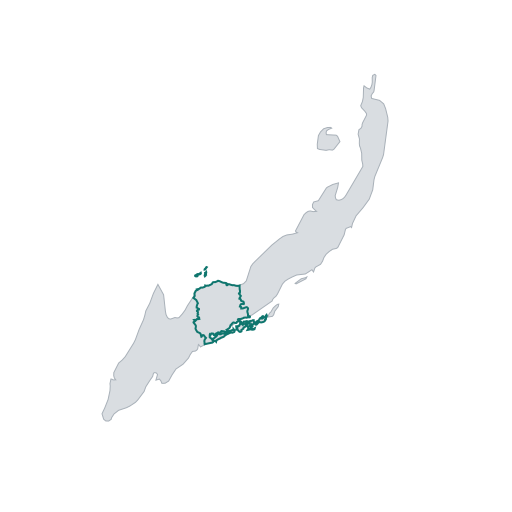 Camagüey on a map of Cuba (orthographic projection), rotated 118°
{"feature_id": "CUB-1364", "entity_name": "Camagüey", "entity_type": "Province", "adm_level": 1, "iso_a3": "CUB", "parent_name": "Cuba", "parent_adm1": "", "projection": "orthographic", "projection_center": [-77.855, 21.478], "detail": "fine", "context": "in_parent", "style": "outline", "palette": "teal", "viewbox_px": 512, "rotation_deg": 118, "n_neighbors": 0, "source": "natural_earth", "source_scale": "10m", "svg_char_len": 9797}
<svg xmlns="http://www.w3.org/2000/svg" viewBox="0 0 512 512"><g transform="rotate(118 256 256)"><path d="M163.2,184.2L173.5,186.5L181.9,186.1L186.0,185.0L185.6,186.2L189.2,189.3L190.5,189.5L196.0,188.1L210.2,187.8L211.7,188.7L214.1,191.6L217.7,193.5L221.5,194.9L225.4,195.3L229.3,194.8L233.0,195.1L237.5,198.0L239.0,198.4L243.1,197.7L241.9,200.2L248.7,204.0L253.7,211.2L257.4,214.1L261.3,216.8L264.6,218.6L268.3,219.5L279.5,219.2L282.2,219.5L284.6,220.5L286.8,220.9L288.1,220.6L309.9,231.8L316.8,237.7L321.0,240.8L330.2,245.3L333.8,246.2L335.8,245.7L335.4,244.7L332.7,242.2L332.3,241.3L335.8,242.0L342.0,247.1L343.7,248.9L346.8,250.6L350.0,251.9L348.5,253.9L346.0,254.0L341.1,253.2L345.0,256.5L345.6,258.8L347.4,259.0L350.1,256.4L351.8,254.2L358.7,259.8L362.4,262.4L361.5,263.9L361.2,265.3L365.3,263.9L366.9,264.1L368.4,264.9L370.1,267.3L373.9,267.8L377.8,267.7L385.7,269.6L393.3,273.6L400.3,274.3L407.4,274.4L411.0,276.5L412.6,279.3L410.9,281.4L410.0,283.5L412.6,286.1L406.9,287.3L406.1,288.9L406.4,290.6L407.6,291.5L410.9,290.7L415.7,291.3L423.2,291.9L428.2,291.2L438.5,292.8L441.7,293.7L447.8,297.0L450.7,299.1L456.8,304.9L462.1,307.2L466.6,307.6L468.2,307.2L470.9,308.6L472.2,311.2L471.6,313.9L467.6,317.9L461.2,318.2L452.2,319.2L443.5,321.7L439.2,323.7L437.3,325.0L432.7,326.3L432.4,325.3L432.5,324.0L431.2,321.7L430.2,323.8L428.5,325.4L425.7,326.8L415.0,327.0L410.7,325.3L406.3,324.2L390.3,323.1L386.5,323.2L375.8,324.7L365.1,325.4L360.6,326.3L356.2,327.5L347.6,327.6L337.3,329.0L327.1,329.3L333.6,319.4L347.4,310.0L350.0,307.9L351.9,305.3L352.3,303.3L351.7,301.7L348.4,298.7L347.7,296.5L346.7,295.1L341.9,293.9L337.1,293.2L332.0,293.2L321.3,292.2L315.6,292.1L310.8,290.1L302.9,282.9L299.1,280.9L297.2,279.2L295.7,277.4L293.9,266.9L292.3,261.8L290.0,257.4L286.3,254.0L282.5,252.9L267.7,255.6L264.3,255.2L261.0,254.2L238.8,247.1L229.7,243.2L226.0,241.3L222.9,238.6L219.7,234.2L216.0,230.3L216.0,231.9L215.4,232.9L196.9,233.0L194.0,232.0L192.1,230.9L190.8,229.3L189.9,226.2L188.2,223.5L187.5,226.3L186.6,228.9L184.1,230.3L181.2,230.4L177.9,226.9L162.9,225.8L161.6,225.2L156.8,221.8L152.7,217.5L156.9,216.1L165.6,214.4L167.4,213.1L168.6,211.5L167.9,209.0L166.2,207.2L164.5,206.1L162.5,205.4L160.0,205.1L126.8,203.7L124.8,204.9L121.7,207.6L115.7,210.9L111.7,214.4L110.2,216.2L108.3,217.5L104.1,219.6L100.5,223.0L96.2,224.4L94.0,223.3L91.7,223.3L90.0,224.1L88.2,224.4L79.7,224.5L78.4,225.3L77.1,227.8L75.5,232.5L74.1,234.1L69.8,234.5L65.7,235.7L57.2,239.9L55.0,240.5L55.6,237.2L55.3,233.9L53.0,233.7L50.3,234.1L48.0,234.9L43.8,237.2L41.7,237.7L39.8,236.4L40.3,234.8L54.3,229.5L55.8,229.1L58.2,229.6L60.6,229.5L62.6,227.9L60.6,220.0L61.7,214.7L65.1,210.7L71.7,204.8L74.8,202.8L106.6,191.0L109.8,190.4L130.1,188.4L133.3,187.6L142.8,184.0L152.7,182.7L163.2,184.2ZM132.3,252.2L128.5,254.4L120.4,257.4L116.2,257.3L111.9,256.0L109.0,253.2L107.4,250.4L107.6,249.2L110.2,251.4L112.5,252.5L114.4,251.9L115.8,250.8L111.7,242.0L112.0,240.2L115.6,235.6L125.0,237.3L126.6,238.2L127.8,241.3L129.8,243.7L132.1,250.0L132.3,252.2ZM290.4,212.6L295.9,213.5L299.6,212.8L301.6,213.2L304.3,216.8L301.9,217.2L300.0,217.2L298.6,216.6L293.7,216.4L290.5,215.3L288.7,214.4L287.8,213.3L290.4,212.6ZM328.9,238.6L327.2,239.9L325.4,238.0L322.7,237.0L319.6,234.9L318.9,232.7L321.4,232.5L324.6,232.9L330.3,234.2L329.8,236.7L328.9,238.6ZM314.5,224.2L313.7,224.9L311.5,223.3L308.4,222.6L306.6,220.1L304.8,219.1L304.7,218.2L307.6,217.6L309.6,217.8L311.8,219.8L313.1,223.3L314.5,224.2ZM320.4,231.0L319.1,231.1L315.1,229.3L313.9,227.8L315.3,225.8L315.6,223.6L316.2,223.4L316.8,226.1L319.9,227.2L320.0,227.8L321.9,230.1L320.4,231.0ZM261.8,207.5L261.8,208.6L254.9,205.4L251.9,202.1L250.7,201.3L252.7,201.2L261.8,207.5Z" fill="#d9dde1" stroke="#a8b0b8" stroke-width="1"/><path d="M312.3,232.9L313.0,232.7L313.4,233.2L313.9,234.3L314.9,235.3L315.1,236.1L315.9,237.4L316.2,237.8L316.7,238.0L317.1,238.3L319.0,240.2L319.8,241.8L320.1,242.1L320.6,242.1L320.8,241.6L321.0,238.4L321.2,238.0L321.6,237.8L323.4,238.0L323.0,238.4L321.7,238.7L321.4,239.0L321.7,240.4L321.9,240.8L322.7,241.7L323.1,241.9L324.1,241.8L324.5,242.1L324.8,242.8L325.2,244.6L325.6,245.0L327.4,245.6L328.0,245.3L329.0,246.0L331.5,245.6L332.2,245.7L334.7,247.1L334.7,246.5L335.0,246.2L336.0,246.0L336.1,246.4L336.3,246.6L336.7,246.7L337.2,246.6L336.9,246.0L337.4,246.1L338.8,247.5L338.2,247.5L337.8,247.3L337.6,247.3L337.4,248.0L337.5,248.8L338.1,250.2L338.3,250.9L338.5,251.3L340.2,251.6L341.4,252.2L341.8,252.1L342.2,251.6L342.0,250.9L341.6,250.3L340.6,249.9L340.1,249.3L339.6,248.0L339.4,247.0L339.2,246.7L338.0,246.1L337.7,245.1L337.3,244.7L336.6,245.1L336.0,244.5L335.5,245.0L334.9,244.6L333.8,243.3L332.3,242.0L331.9,241.3L331.6,241.2L331.1,241.5L331.4,240.8L332.0,240.0L332.8,239.5L333.4,239.6L334.8,240.8L335.3,242.4L339.6,245.5L340.4,245.9L342.5,246.6L345.0,248.7L345.5,248.9L347.9,250.7L348.5,251.0L349.1,251.2L349.7,251.2L350.4,251.0L350.1,251.8L350.3,252.3L350.9,253.0L350.8,253.9L349.8,255.0L349.6,255.7L348.3,254.5L345.7,253.3L345.1,253.2L344.3,253.1L344.0,253.7L342.4,252.8L341.5,252.8L341.1,253.3L341.3,253.7L342.2,254.1L343.2,254.9L343.6,254.9L344.7,254.8L345.5,255.2L345.7,255.9L345.4,256.6L344.7,256.9L344.6,257.3L344.9,258.1L345.4,259.1L345.9,259.2L346.8,259.0L347.4,259.1L347.1,259.9L347.5,259.8L348.9,259.0L349.3,258.9L349.6,258.3L350.1,256.0L351.1,254.0L351.5,253.6L352.2,253.5L353.0,253.9L357.3,259.2L358.0,259.9L357.6,260.3L357.0,260.5L355.8,261.4L355.3,261.7L354.2,262.0L353.5,262.0L351.8,261.7L351.2,263.7L350.8,264.1L350.6,264.6L350.5,265.0L350.7,265.7L351.1,266.1L352.6,266.1L352.9,266.2L353.0,266.3L350.6,268.6L350.4,269.4L350.6,272.2L349.1,274.7L348.4,275.4L346.9,275.8L345.9,276.3L345.3,277.1L344.1,279.9L343.8,280.1L343.5,280.0L342.4,279.3L341.9,279.7L341.5,280.6L341.0,279.9L341.3,279.1L341.2,278.9L339.3,278.5L339.2,278.3L339.1,277.7L338.2,276.5L337.8,276.9L337.2,277.2L337.0,277.4L337.2,278.2L336.8,279.2L336.6,279.6L335.3,279.8L334.7,279.7L334.4,280.5L333.0,280.8L332.6,281.1L332.4,281.7L332.4,282.2L332.2,282.4L331.0,282.3L330.3,281.3L329.8,281.3L329.5,281.5L329.6,282.4L329.3,283.7L329.4,284.2L328.4,284.7L326.0,285.2L325.0,285.1L322.9,288.1L322.4,291.6L320.5,291.3L319.6,291.6L318.5,292.5L317.9,292.8L315.2,292.9L313.9,292.5L313.4,291.6L313.1,291.6L312.9,292.2L311.6,290.7L311.1,290.4L310.2,290.2L309.7,289.8L309.0,288.4L307.8,287.2L307.0,286.7L306.4,286.7L305.9,287.0L305.8,286.7L305.7,286.0L304.9,285.0L304.5,284.0L301.7,281.9L301.1,281.8L299.7,281.8L299.2,281.5L298.2,279.7L296.2,278.1L295.8,278.0L295.6,277.6L295.3,276.2L295.2,273.3L294.9,272.1L294.3,270.9L293.9,269.7L294.1,268.4L294.5,268.9L294.9,268.9L295.3,268.7L295.5,268.0L295.2,267.6L293.9,267.1L293.6,266.8L292.9,263.1L292.1,261.8L291.7,259.7L291.1,258.3L290.3,257.1L289.8,256.6L291.2,255.9L293.3,254.6L294.2,253.8L295.6,253.1L296.4,252.9L296.8,253.5L297.1,253.5L297.4,253.1L298.3,250.7L298.7,250.6L300.4,250.8L301.4,250.7L301.5,250.6L301.1,250.2L301.1,249.9L302.0,248.5L302.4,248.4L302.5,248.2L302.5,247.3L302.2,245.8L302.5,245.2L303.6,244.4L303.9,244.2L304.2,244.3L304.5,245.2L305.5,246.6L305.9,246.7L306.4,246.8L308.2,246.5L308.0,245.3L308.2,245.0L309.3,244.4L308.5,243.0L305.7,240.5L305.5,239.7L305.9,238.5L306.4,238.2L308.7,237.8L309.5,237.3L311.2,235.7L312.4,235.1L312.7,234.4L312.7,233.9L312.6,233.5L312.2,233.3L312.3,232.9ZM330.3,234.2L330.6,234.7L330.6,235.2L330.5,235.8L329.7,237.8L329.8,238.2L330.3,238.9L329.6,238.9L329.2,239.1L328.3,239.7L328.5,239.0L328.2,238.6L327.8,238.8L327.5,239.5L327.8,239.9L327.8,240.2L327.5,240.4L327.3,240.3L327.1,240.1L326.0,238.4L325.5,238.0L325.0,238.3L324.1,238.1L323.3,237.7L322.7,237.2L322.6,236.9L323.1,235.5L322.9,235.2L321.7,234.7L322.0,235.5L321.9,235.8L321.7,236.2L321.4,235.3L321.2,235.3L320.8,235.9L320.1,236.1L319.5,235.9L319.3,235.2L318.9,234.6L318.2,234.1L317.7,233.4L317.9,232.4L317.6,232.1L318.4,232.1L319.4,232.9L320.1,233.2L320.7,233.2L322.0,232.4L322.7,232.2L323.3,232.2L324.2,232.7L324.9,233.5L326.1,233.0L327.8,234.0L328.3,234.2L328.8,233.9L329.2,233.5L329.5,233.5L330.3,234.2ZM307.7,222.3L308.6,221.7L308.2,221.0L307.4,220.6L306.9,220.9L306.7,221.8L306.5,222.1L306.1,222.0L305.8,221.5L305.8,221.0L306.0,220.6L306.4,220.8L306.4,220.0L305.8,219.2L304.8,218.8L303.9,219.3L303.7,219.1L303.1,219.0L303.7,218.3L304.4,218.1L305.9,218.1L307.1,217.6L307.7,217.6L308.0,218.1L308.8,217.7L309.8,217.9L310.8,218.6L312.0,219.9L312.6,221.2L312.7,222.6L312.9,223.1L313.8,224.0L315.2,224.3L314.5,225.0L313.5,224.7L311.6,223.4L310.7,223.3L309.7,223.3L308.7,223.1L307.7,222.3ZM315.7,230.1L315.4,229.5L314.1,228.6L313.8,227.9L314.4,227.7L314.9,227.1L315.3,226.4L315.4,225.7L315.5,224.1L315.3,223.6L314.9,222.9L316.1,223.2L316.6,223.6L316.8,224.2L316.1,225.0L315.9,225.6L316.1,226.3L316.4,226.4L317.4,226.3L317.9,226.4L318.7,227.6L319.3,227.6L318.7,227.3L319.1,226.8L319.5,226.4L319.8,227.0L320.2,227.2L320.6,227.2L320.9,226.7L321.2,227.4L320.8,227.8L320.1,227.9L319.5,228.2L320.0,228.3L320.9,229.1L322.1,229.4L322.6,229.7L321.7,231.5L321.1,232.2L320.6,231.8L319.8,232.1L319.3,231.2L319.1,230.3L318.2,230.0L317.6,230.4L317.9,231.5L315.7,230.1ZM302.0,299.0L302.3,299.8L302.2,300.4L301.8,300.6L300.6,299.8L299.5,299.3L298.9,298.2L298.2,297.6L296.8,296.9L297.3,296.5L298.0,296.6L298.6,297.1L300.0,298.7L300.7,299.0L300.8,298.3L301.1,298.2L301.6,298.4L302.0,299.0ZM321.7,225.3L322.0,224.7L321.6,224.0L320.4,223.2L321.4,223.0L322.2,223.7L322.9,224.8L323.4,226.6L324.7,228.0L325.3,228.8L324.3,228.8L323.3,227.7L321.7,225.3ZM297.9,291.6L297.4,292.2L295.5,292.6L294.8,293.1L294.2,292.7L293.5,292.5L294.0,292.1L295.4,291.8L296.0,291.3L296.3,291.6L296.7,291.3L297.1,291.3L297.9,291.6ZM292.0,294.3L292.1,294.5L292.1,294.9L291.8,295.1L291.2,295.0L290.8,294.7L290.7,294.5L290.9,294.4L292.1,294.7L292.0,294.3ZM289.0,294.2L290.0,294.4L290.0,294.7L289.4,294.7L289.0,294.5L289.0,294.2Z" fill="none" stroke="#0f766e" stroke-width="2"/></g></svg>